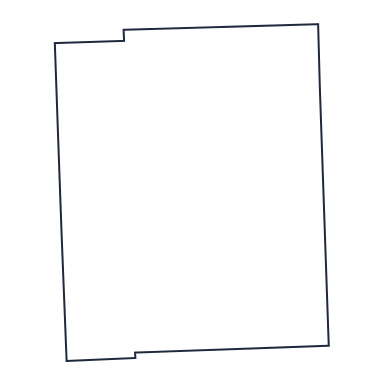 the district of Jasper, Iowa, United States of America, rotated 88°
{"feature_id": "52423323B7316814812014", "entity_name": "Jasper", "entity_type": "district", "adm_level": 2, "iso_a3": "USA", "parent_name": "United States of America", "parent_adm1": "Iowa", "projection": "albers", "projection_center": [-93.033, 41.685], "detail": "fine", "context": "isolated", "style": "outline", "palette": "slate", "viewbox_px": 384, "rotation_deg": 88, "n_neighbors": 0, "source": "geoboundaries", "source_scale": "gbopen_adm2", "svg_char_len": 313}
<svg xmlns="http://www.w3.org/2000/svg" viewBox="0 0 384 384"><g transform="rotate(88 192 192)"><path d="M356.5,323.2L355.9,254.4L350.5,254.5L350.4,60.7L92.8,60.6L28.7,60.1L27.5,254.7L38.6,254.6L38.4,323.9L122.0,323.9L228.7,323.8L292.6,323.5L356.5,323.2Z" fill="none" stroke="#1e293b" stroke-width="2"/></g></svg>